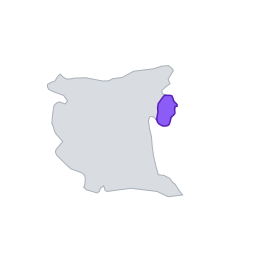 Montenegro, with Plav highlighted, rotated 318°
{"feature_id": "MNE-1503", "entity_name": "Plav", "entity_type": "Municipality", "adm_level": 1, "iso_a3": "MNE", "parent_name": "Montenegro", "parent_adm1": "", "projection": "orthographic", "projection_center": [19.907, 42.587], "detail": "fine", "context": "in_parent", "style": "filled", "palette": "violet", "viewbox_px": 256, "rotation_deg": 318, "n_neighbors": 0, "source": "natural_earth", "source_scale": "10m", "svg_char_len": 1747}
<svg xmlns="http://www.w3.org/2000/svg" viewBox="0 0 256 256"><g transform="rotate(318 128 128)"><path d="M113.9,42.8L113.7,44.0L114.0,47.7L115.7,51.4L121.6,55.1L130.3,62.5L140.5,76.0L145.2,80.0L149.4,81.0L157.7,86.6L163.5,88.0L170.0,89.5L186.8,101.2L194.4,104.5L199.9,108.9L200.5,113.0L200.2,115.6L190.5,118.6L188.8,123.2L184.0,122.7L178.3,122.7L176.4,125.5L179.2,130.3L181.0,135.9L179.6,143.6L179.1,144.6L177.7,144.3L169.6,148.8L163.6,150.9L158.1,151.9L155.6,149.8L154.3,146.9L154.6,138.4L153.6,135.6L151.7,134.2L148.0,136.2L143.7,142.7L139.6,150.2L133.5,158.1L128.5,165.6L123.1,175.2L119.3,183.0L123.1,187.5L125.4,193.7L124.7,198.4L125.4,201.1L124.1,209.2L123.8,214.3L111.9,206.0L107.1,194.5L89.9,174.8L70.2,161.3L69.2,159.2L70.3,156.7L71.3,154.7L67.1,154.4L64.2,156.0L61.5,155.5L58.5,150.5L55.6,146.1L55.5,142.3L56.9,141.9L58.9,140.4L63.1,136.2L64.0,134.0L63.8,130.7L58.2,120.0L57.5,113.1L56.8,100.2L58.1,97.2L60.3,95.8L70.5,94.4L70.5,84.4L71.2,81.4L73.2,77.3L74.6,73.5L80.3,68.1L88.0,61.8L91.4,61.6L94.3,62.5L97.5,68.1L101.1,67.5L102.0,60.8L97.3,52.0L94.9,46.3L95.7,43.3L97.5,41.7L101.5,42.7L105.4,44.3L107.8,43.3L111.7,42.5L113.9,42.8Z" fill="#d9dde1" stroke="#a8b0b8" stroke-width="1"/><path d="M177.0,128.1L181.4,132.2L181.9,133.3L182.1,133.7L181.1,136.3L180.2,138.0L180.0,138.8L179.9,140.5L180.2,141.9L180.1,143.3L179.2,144.6L177.2,143.5L175.6,144.7L172.8,148.4L170.9,148.9L167.2,148.8L165.3,150.1L164.6,150.8L161.7,152.5L161.2,152.7L160.5,152.9L159.1,152.7L157.9,152.1L155.4,150.1L154.1,146.9L153.8,146.0L153.7,145.3L153.9,143.7L154.0,143.0L154.6,141.8L154.9,141.2L155.1,141.3L155.0,140.3L156.3,139.7L160.8,136.3L163.6,132.7L167.0,130.0L167.3,130.0L174.1,128.5L177.0,128.1Z" fill="#8b5cf6" stroke="#5b21b6" stroke-width="1.5"/></g></svg>